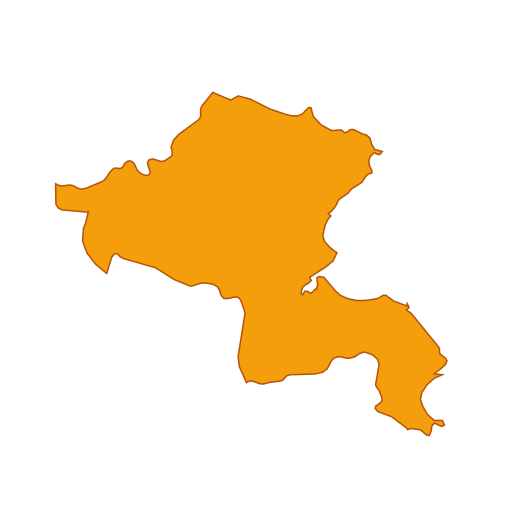 Cagliari, Equal Earth projection, rotated 277°
{"feature_id": "ITA-5378", "entity_name": "Cagliari", "entity_type": "Province", "adm_level": 1, "iso_a3": "ITA", "parent_name": "Italy", "parent_adm1": "", "projection": "equal_earth", "projection_center": [9.117, 39.391], "detail": "fine", "context": "isolated", "style": "filled", "palette": "amber", "viewbox_px": 512, "rotation_deg": 277, "n_neighbors": 0, "source": "natural_earth", "source_scale": "10m", "svg_char_len": 3075}
<svg xmlns="http://www.w3.org/2000/svg" viewBox="0 0 512 512"><g transform="rotate(277 256 256)"><path d="M413.1,193.2L407.7,211.8L412.7,218.8L411.0,231.2L403.5,252.2L400.0,269.4L399.5,275.2L400.4,281.0L402.9,284.9L409.8,290.1L409.8,292.6L401.6,295.7L394.0,304.7L389.7,315.8L391.5,325.4L389.2,328.9L390.1,331.2L392.3,333.3L393.5,336.0L392.9,339.0L390.1,346.9L389.5,350.9L386.9,354.7L381.4,357.0L376.3,360.6L375.1,368.6L372.8,367.3L371.7,365.9L371.8,363.9L373.1,360.8L368.4,357.1L363.7,356.4L359.1,357.8L354.6,360.8L352.4,360.8L350.9,357.2L348.2,355.1L342.1,352.2L334.5,343.0L332.8,341.6L329.8,339.9L323.0,332.3L320.4,330.6L317.3,329.8L313.1,327.8L309.3,325.2L307.1,322.5L305.0,325.4L300.8,322.8L295.1,320.9L284.3,319.8L278.6,322.5L273.7,328.0L270.3,333.5L269.2,336.0L260.5,333.1L253.4,326.3L241.3,311.7L238.5,313.9L236.0,312.1L233.6,308.8L231.0,306.3L226.7,305.3L223.6,305.6L223.1,307.0L227.1,308.8L227.1,311.7L225.7,314.9L227.4,316.8L229.9,318.2L230.7,320.2L231.0,319.8L234.4,320.8L241.9,319.1L243.3,321.2L243.3,324.4L243.1,326.0L230.9,339.2L227.2,344.6L224.9,352.2L224.1,361.0L225.0,368.8L226.7,375.9L228.9,382.4L230.7,384.8L232.5,386.9L232.8,389.7L228.1,398.0L224.8,411.8L227.1,411.8L223.9,414.1L222.9,413.7L220.7,411.8L218.2,416.8L187.6,448.7L185.6,449.6L182.4,449.9L180.9,451.1L177.6,456.7L175.2,458.3L171.6,457.3L167.5,454.0L160.8,447.2L160.8,455.3L156.4,447.8L149.1,441.5L141.0,437.4L134.1,436.6L127.5,439.6L119.7,445.4L114.5,452.9L115.5,461.0L111.3,463.7L109.4,461.0L111.9,453.5L109.0,451.3L103.7,451.2L98.9,449.9L99.0,447.2L103.5,440.4L103.7,430.7L102.1,427.8L103.9,425.9L112.9,410.4L116.4,395.9L119.2,392.9L121.6,393.1L125.6,397.5L127.9,398.7L130.8,398.1L138.0,394.3L140.3,391.9L142.6,390.4L163.5,391.4L168.3,389.2L172.0,384.0L174.0,375.4L171.7,370.5L168.0,366.5L165.7,360.6L165.7,356.4L166.2,353.4L166.2,350.5L164.7,346.7L162.3,344.2L152.5,340.3L148.7,336.1L146.0,328.5L142.3,304.4L141.3,301.8L140.1,300.5L137.0,298.6L135.7,297.2L134.5,294.3L132.3,285.0L130.3,280.4L129.7,278.0L129.7,275.4L131.3,268.2L131.2,264.8L129.2,261.9L144.1,253.0L154.1,250.5L198.4,252.1L210.5,246.1L212.9,243.2L212.5,239.0L210.6,234.1L209.8,229.5L212.6,226.2L217.6,223.9L220.8,221.4L222.5,217.4L223.1,210.6L222.9,207.5L222.3,204.7L218.4,196.1L218.1,194.3L222.7,177.6L232.1,157.6L237.4,124.4L238.8,121.2L241.1,118.2L241.4,116.9L240.8,115.3L239.6,114.2L236.8,112.9L220.5,109.9L228.3,97.8L238.3,87.9L249.8,82.0L262.0,81.4L265.9,82.2L267.1,82.8L279.4,84.1L279.0,83.1L278.1,58.4L278.7,55.8L279.8,53.6L283.0,51.1L303.3,48.3L302.0,51.9L301.9,55.0L303.7,61.9L303.7,65.1L301.5,71.4L301.1,74.5L302.6,79.2L311.7,95.1L314.7,97.4L322.1,101.1L325.5,104.0L326.2,105.7L326.2,109.7L326.7,111.5L327.9,112.8L332.2,114.6L334.9,117.8L334.8,121.1L332.9,123.9L327.6,127.1L325.6,129.0L324.0,131.4L322.9,134.4L322.6,137.2L323.2,139.3L324.6,140.6L326.8,140.7L332.7,137.7L335.7,136.9L338.6,138.4L339.8,141.8L338.3,149.9L339.1,153.5L345.1,160.3L349.2,160.2L353.7,158.4L361.1,160.1L367.2,164.4L384.5,182.7L387.4,184.0L394.7,183.2L398.0,183.8L413.1,193.2Z" fill="#f59e0b" stroke="#b45309" stroke-width="1.5"/></g></svg>